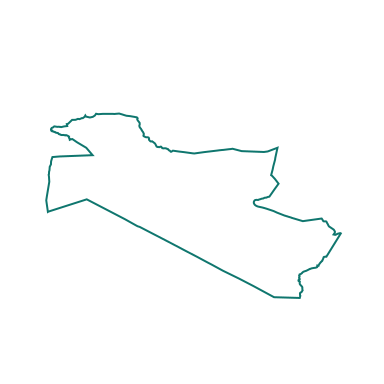 the district of Engerdal nor, Hedmark, Norway, rotated 110°
{"feature_id": "86288312B32893116539202", "entity_name": "Engerdal nor", "entity_type": "district", "adm_level": 2, "iso_a3": "NOR", "parent_name": "Norway", "parent_adm1": "Hedmark", "projection": "orthographic", "projection_center": [11.825, 61.975], "detail": "fine", "context": "isolated", "style": "outline", "palette": "teal", "viewbox_px": 384, "rotation_deg": 110, "n_neighbors": 0, "source": "geoboundaries", "source_scale": "gbopen_adm2", "svg_char_len": 5750}
<svg xmlns="http://www.w3.org/2000/svg" viewBox="0 0 384 384"><g transform="rotate(110 192 192)"><path d="M121.2,126.8L128.0,134.7L129.8,138.1L136.6,159.3L137.5,168.7L138.3,170.1L139.2,172.0L141.8,177.1L142.1,177.8L143.3,180.3L144.5,182.6L150.4,194.3L155.0,203.0L155.4,204.5L157.3,213.3L158.4,217.9L159.7,224.1L159.8,224.2L161.0,225.0L161.4,225.5L161.3,226.0L160.9,226.7L160.8,227.1L160.7,227.3L160.7,228.0L160.1,228.9L159.9,229.2L159.9,229.3L160.1,229.7L160.1,229.9L159.9,230.4L159.9,231.1L159.9,231.6L160.1,232.1L160.2,232.5L160.3,232.8L160.5,233.3L160.8,233.8L160.9,234.1L160.8,234.7L160.9,234.9L160.8,235.0L160.6,235.6L160.4,235.8L160.0,236.4L160.0,236.5L160.1,237.0L160.3,237.2L160.4,237.4L160.9,237.8L161.1,238.2L161.2,238.5L161.2,238.9L161.2,239.2L161.5,239.7L161.5,240.2L161.4,240.5L161.4,240.8L161.3,241.0L160.6,241.6L160.2,242.1L159.7,242.6L159.0,243.5L158.9,244.0L158.7,244.4L158.6,244.9L158.3,245.6L158.2,246.3L158.0,246.9L158.5,247.6L158.6,248.0L158.6,248.3L158.4,248.9L157.6,250.3L157.3,250.4L157.1,250.5L156.7,250.5L155.9,251.1L155.7,251.4L155.7,251.8L155.7,252.0L155.8,252.6L155.9,252.9L156.2,253.6L156.3,254.2L156.3,254.5L156.3,254.8L156.1,255.7L156.1,256.1L156.1,256.4L156.1,256.5L155.7,256.9L155.4,256.9L154.8,257.0L153.9,257.1L153.4,257.6L152.8,258.1L152.4,258.6L151.8,259.5L151.3,260.2L150.9,260.5L150.8,260.8L150.1,261.5L149.5,262.6L149.2,262.9L148.9,263.4L148.4,263.8L147.6,264.2L146.9,264.2L146.2,264.3L144.9,264.9L144.7,265.2L144.4,265.7L144.0,266.3L143.4,267.3L143.1,267.7L142.3,268.4L141.3,268.3L140.8,269.2L140.7,269.5L140.8,269.9L140.9,270.3L141.0,270.8L141.0,271.2L141.9,276.2L142.8,279.8L142.8,280.3L142.9,281.8L143.0,284.5L143.1,285.7L143.2,287.3L145.3,291.8L145.7,293.3L149.2,302.8L150.9,306.6L151.3,308.9L153.3,309.4L155.3,310.9L156.9,313.4L157.4,317.4L156.6,318.4L158.0,318.6L160.0,319.9L160.2,320.7L162.0,322.6L162.3,324.2L164.0,326.1L165.2,329.3L170.3,331.8L171.0,332.9L172.7,331.8L174.1,334.6L175.8,337.2L175.9,338.4L176.1,338.6L176.3,339.7L176.8,340.7L177.2,342.6L177.3,343.5L177.7,344.1L178.6,344.5L179.8,345.7L180.4,345.9L181.2,346.0L181.5,345.9L182.4,345.3L182.6,345.0L182.7,344.6L182.2,344.3L182.7,343.6L182.6,343.2L182.5,342.9L182.5,342.7L182.7,342.3L182.6,342.0L182.7,341.5L182.6,341.4L182.6,341.2L182.5,340.9L182.6,340.6L182.8,340.3L182.8,340.0L182.6,338.8L182.5,338.6L182.4,338.3L182.7,337.6L182.9,337.4L183.0,337.2L182.9,337.1L183.0,336.6L183.1,336.4L183.1,336.2L183.0,335.9L183.1,335.6L183.0,335.4L183.0,335.1L183.2,334.6L183.1,334.1L183.0,333.9L182.9,333.5L182.8,333.4L182.7,333.1L182.5,332.5L182.4,332.4L182.4,332.1L182.3,331.8L182.3,331.7L182.2,331.5L182.2,330.9L182.2,330.5L181.9,330.3L181.7,330.0L181.7,329.5L181.6,329.4L181.6,329.1L181.6,328.8L181.7,328.4L181.7,328.0L181.7,327.7L181.9,327.1L182.0,326.9L182.0,326.6L182.5,326.6L183.2,326.0L183.3,325.9L183.5,325.7L183.6,325.3L183.9,325.3L184.5,324.8L184.7,324.7L184.3,324.3L184.1,324.0L183.7,323.4L183.2,322.7L183.3,322.0L184.6,317.0L186.6,306.5L191.4,298.0L203.9,328.6L206.9,335.1L209.8,335.0L211.1,334.9L211.8,334.8L214.2,334.0L217.1,334.3L217.7,334.1L220.2,333.4L220.8,333.3L221.5,333.3L222.0,333.2L224.2,332.5L224.8,332.6L226.4,331.7L231.2,329.6L245.7,326.9L249.7,326.1L260.0,320.6L259.5,320.2L234.9,288.4L235.4,284.6L240.5,245.7L242.6,232.8L242.8,231.4L242.7,229.2L246.9,196.9L249.7,176.4L251.2,164.9L252.9,153.2L253.5,148.6L255.4,136.0L257.3,118.1L259.4,101.9L262.8,78.9L254.7,54.5L252.5,54.7L252.4,54.9L252.0,55.2L250.5,55.8L250.2,55.9L249.7,55.8L249.2,55.5L249.0,55.1L248.1,54.7L247.1,54.6L246.7,54.4L246.5,54.5L246.2,54.7L245.3,55.2L244.3,55.5L243.5,56.0L243.1,56.8L242.7,57.2L242.6,57.6L242.5,57.8L242.3,58.2L241.9,58.9L241.5,59.3L241.1,59.5L240.4,59.8L239.4,60.0L239.3,60.3L239.3,60.7L239.3,60.9L239.2,61.3L239.0,61.6L238.7,61.6L238.2,61.7L237.8,61.1L237.4,60.9L237.2,61.0L236.8,61.1L236.6,61.3L236.4,61.6L236.2,62.0L235.6,62.1L235.0,62.0L234.4,62.1L234.3,62.4L234.1,62.7L233.9,62.7L232.6,62.7L232.3,62.1L232.1,62.0L231.8,61.7L230.6,60.9L230.3,60.9L229.4,60.4L228.8,60.0L228.3,59.4L227.4,58.3L226.9,57.6L226.0,56.8L225.2,56.0L224.1,55.1L224.1,54.9L223.0,53.7L222.6,53.1L222.1,52.2L221.9,51.9L221.2,50.6L221.1,50.4L221.0,50.2L220.7,49.7L219.9,48.8L219.5,48.7L219.0,49.0L218.2,49.1L218.2,48.8L218.4,48.4L218.3,48.1L218.1,47.9L217.7,48.1L216.7,47.7L216.0,47.7L215.4,47.5L215.3,47.4L214.4,47.2L214.1,47.0L214.0,46.9L213.7,46.9L213.3,46.7L213.2,46.6L212.8,46.5L212.5,46.4L212.3,46.1L211.7,46.0L211.3,46.1L209.9,45.9L208.3,46.0L207.8,45.7L207.5,45.1L207.1,44.4L207.0,44.1L207.0,43.9L206.9,43.7L206.5,43.8L206.2,43.5L205.9,43.4L180.0,38.0L179.9,38.4L180.1,38.9L180.4,39.4L180.9,40.1L181.3,40.7L181.7,41.1L182.2,41.6L182.8,42.1L183.3,42.8L183.5,44.4L181.6,43.9L180.6,44.0L180.1,44.4L178.9,45.9L178.1,49.0L177.9,49.8L177.7,50.7L177.5,51.5L176.9,52.3L175.7,53.5L175.1,54.3L174.1,55.3L173.8,55.7L173.9,56.5L174.5,58.0L174.5,58.6L174.0,59.2L172.9,60.6L172.6,61.1L172.8,61.5L181.5,77.9L182.0,86.5L182.0,87.1L182.1,87.6L182.1,88.2L182.1,88.6L182.2,89.6L182.1,90.2L182.2,91.4L182.2,91.9L182.3,92.9L182.3,94.2L182.4,94.8L182.4,96.2L182.5,96.7L182.3,105.3L182.2,106.3L182.0,108.8L182.2,116.3L182.3,117.8L182.3,118.3L182.4,119.1L182.4,119.5L182.6,121.4L182.8,122.7L182.9,123.5L183.1,124.9L183.1,126.2L183.0,127.1L182.7,128.2L182.3,129.0L181.4,130.0L180.8,130.3L180.2,130.5L179.7,130.5L179.1,130.4L178.6,130.3L178.1,130.0L177.8,129.6L177.3,128.7L177.1,127.9L176.8,127.0L176.2,126.5L175.3,125.2L174.6,124.4L174.4,124.1L174.1,123.6L173.7,122.8L173.0,122.2L172.7,122.0L172.3,121.2L172.1,120.7L171.9,120.5L171.8,120.1L171.6,119.9L171.3,119.7L170.7,119.0L170.3,118.3L169.9,117.7L161.3,115.4L154.6,113.5L151.4,118.5L149.4,122.3L149.1,123.4L143.3,123.9L139.9,124.4L133.2,125.0L131.4,125.4L121.2,126.8Z" fill="none" stroke="#0f766e" stroke-width="2"/></g></svg>